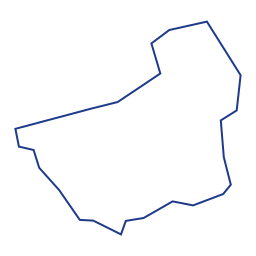 outline of Kirklees
{"feature_id": "GBR-5671", "entity_name": "Kirklees", "entity_type": "Metropolitan Borough", "adm_level": 1, "iso_a3": "GBR", "parent_name": "United Kingdom", "parent_adm1": "", "projection": "mercator", "projection_center": [-1.78, 53.64], "detail": "fine", "context": "isolated", "style": "outline", "palette": "blue", "viewbox_px": 256, "rotation_deg": 0, "n_neighbors": 0, "source": "natural_earth", "source_scale": "10m", "svg_char_len": 414}
<svg xmlns="http://www.w3.org/2000/svg" viewBox="0 0 256 256"><path d="M121.0,234.4L93.2,220.6L79.8,219.9L59.1,190.0L39.2,167.8L33.6,150.0L18.9,146.6L15.4,128.8L90.9,108.7L117.7,102.0L160.3,73.5L151.4,43.4L169.3,30.0L206.9,21.6L240.6,75.2L236.7,110.4L220.8,120.4L223.8,157.2L230.8,184.7L223.2,194.0L193.1,205.4L172.6,201.4L143.6,218.0L125.8,220.9L121.0,234.4Z" fill="none" stroke="#1e3a8a" stroke-width="2"/></svg>